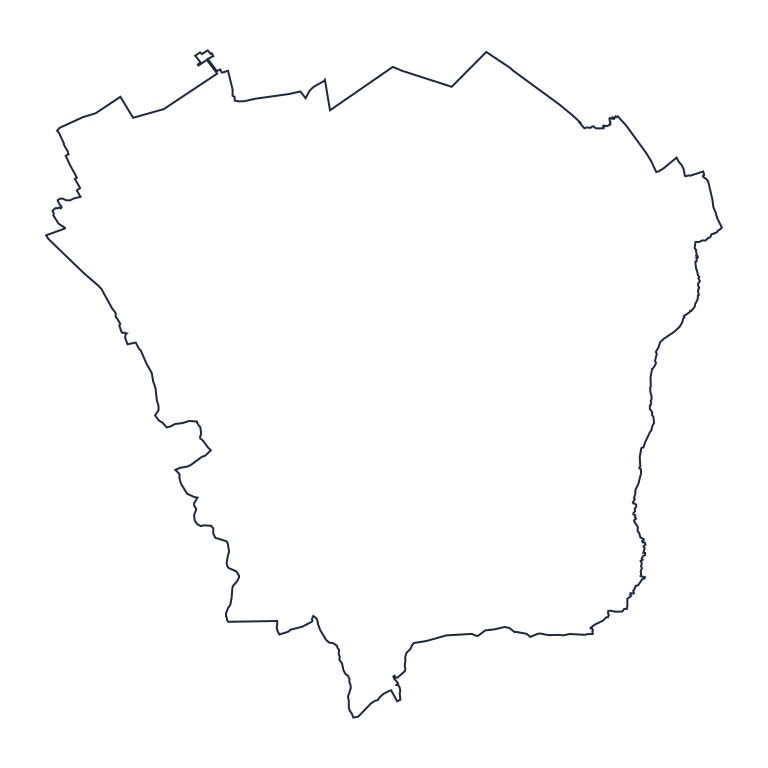 Danesti, Gorj, Romania
{"feature_id": "2599482B18073944252707", "entity_name": "Danesti", "entity_type": "district", "adm_level": 2, "iso_a3": "ROU", "parent_name": "Romania", "parent_adm1": "Gorj", "projection": "natural_earth1", "projection_center": [23.35, 44.955], "detail": "fine", "context": "isolated", "style": "outline", "palette": "slate", "viewbox_px": 768, "rotation_deg": 0, "n_neighbors": 0, "source": "geoboundaries", "source_scale": "gbopen_adm2", "svg_char_len": 6046}
<svg xmlns="http://www.w3.org/2000/svg" viewBox="0 0 768 768"><path d="M640.7,571.7L641.9,568.1L641.1,566.4L641.8,563.0L640.6,560.9L642.6,559.8L641.7,558.7L642.8,556.2L645.1,555.1L645.1,552.9L643.3,552.8L644.7,548.3L643.6,547.0L643.7,546.2L645.5,544.7L644.8,542.6L642.6,542.3L642.3,541.0L643.6,540.3L643.8,539.2L640.4,537.5L639.1,532.7L638.0,531.9L637.6,530.7L637.8,527.1L634.0,521.0L634.3,519.9L635.7,519.2L635.9,518.1L635.0,517.3L635.3,515.4L633.4,514.4L633.3,513.4L635.0,511.2L634.7,508.8L636.2,506.7L636.2,504.8L635.2,503.8L633.2,503.4L632.8,502.5L634.8,499.3L634.0,498.0L635.2,494.3L635.4,489.9L638.3,484.1L641.1,473.0L640.9,469.2L639.6,468.6L639.3,467.7L640.3,466.6L639.7,457.1L641.3,448.3L641.8,447.7L643.4,447.4L645.2,442.1L650.0,432.1L651.4,430.2L652.4,425.7L654.1,423.0L653.4,416.9L652.0,414.9L652.2,412.2L649.8,408.9L649.9,405.4L650.8,404.8L651.2,402.8L650.7,401.0L651.5,399.3L651.6,396.1L650.6,393.4L650.1,388.2L650.8,386.2L650.5,377.5L652.1,368.9L652.9,368.5L655.0,365.4L656.0,363.0L655.0,360.9L656.8,353.8L655.8,351.9L658.3,347.9L660.1,342.3L663.7,338.8L673.7,332.2L679.5,327.0L682.2,322.5L683.1,318.9L684.4,317.4L683.7,316.2L689.7,312.1L690.2,310.8L691.2,311.0L693.6,308.2L694.9,306.2L695.1,304.2L697.7,299.3L697.9,295.5L698.9,294.9L697.9,291.3L698.5,290.1L698.5,288.6L699.2,287.8L698.3,286.3L698.1,283.6L699.9,281.1L698.4,278.4L699.3,277.0L698.0,275.3L696.8,269.9L696.2,269.2L695.3,262.1L696.7,261.2L696.3,260.1L697.1,258.4L696.4,257.5L697.8,257.2L697.6,256.2L696.2,255.3L696.7,253.8L695.9,251.2L696.2,250.2L694.6,248.0L695.5,242.0L699.5,241.9L702.2,240.4L705.6,240.5L707.9,238.2L710.2,237.3L711.5,234.3L713.6,233.8L714.0,233.2L715.1,233.3L717.3,231.8L718.1,230.4L719.7,229.7L721.9,227.6L717.2,218.2L715.5,212.2L713.4,207.3L712.4,199.5L708.4,182.3L707.4,180.0L702.9,176.5L703.1,175.5L704.2,174.9L703.2,171.5L690.2,175.7L688.7,175.4L685.4,176.3L684.8,175.5L683.6,169.0L681.4,164.7L678.6,161.6L676.6,157.6L663.4,168.5L659.0,171.2L656.3,172.1L651.2,161.2L646.2,153.0L626.0,125.3L617.8,116.3L616.5,117.1L615.6,116.4L614.1,118.9L613.4,118.8L612.8,117.4L612.0,118.7L610.8,117.9L609.5,118.3L609.5,118.8L610.0,119.0L609.5,120.0L610.5,122.4L610.0,123.2L610.4,124.5L606.8,126.2L603.5,125.5L603.0,126.2L603.9,127.7L603.5,128.3L596.8,128.4L595.2,127.9L593.5,126.3L592.3,126.4L590.4,127.9L587.0,127.4L584.4,128.3L579.5,122.6L580.1,122.3L572.2,115.0L558.3,103.7L513.3,70.8L510.0,67.8L486.3,52.0L451.7,86.8L402.1,70.8L392.8,66.9L330.0,110.3L324.9,79.8L324.0,81.0L314.2,86.5L311.6,88.7L309.3,91.2L305.6,98.2L300.4,91.5L289.1,94.0L254.9,98.8L244.4,101.2L239.0,101.4L234.8,100.6L234.5,96.8L232.6,95.8L232.6,89.4L228.0,70.7L222.5,72.6L221.5,72.3L220.2,69.5L216.8,71.1L207.8,58.9L213.3,56.1L211.7,53.3L210.7,53.9L207.7,50.4L201.9,54.1L200.1,52.4L195.2,55.7L200.4,62.2L197.8,64.5L198.5,65.5L206.9,59.9L217.2,73.6L163.8,109.1L133.1,117.8L120.4,96.8L95.6,113.3L83.0,117.1L59.7,127.8L57.1,130.7L58.9,132.7L63.8,143.3L63.9,144.7L68.1,152.1L67.9,153.9L68.4,154.3L65.7,155.8L70.2,165.4L76.9,177.7L74.9,178.9L80.1,188.0L76.9,190.3L77.0,190.8L80.5,196.8L73.7,198.5L69.8,200.4L65.8,200.2L62.9,198.6L60.0,198.7L57.7,200.2L57.9,201.3L59.9,204.9L61.2,206.2L61.6,207.5L60.6,208.4L59.3,207.5L57.2,208.5L56.1,207.9L54.2,209.1L52.5,210.8L53.9,213.9L53.3,215.3L58.5,223.6L64.9,227.8L64.9,228.5L46.1,235.3L48.2,238.7L56.3,246.6L84.0,273.3L98.6,285.9L101.4,288.9L112.0,308.2L115.7,313.1L115.6,316.8L116.8,318.0L120.3,323.9L119.3,325.4L121.4,331.8L122.4,332.9L125.0,332.7L125.5,333.4L126.6,333.4L125.5,334.6L125.1,337.6L127.5,344.3L135.7,342.5L139.1,348.9L140.8,350.6L146.5,363.7L151.8,373.1L153.1,381.1L155.5,388.1L156.8,399.9L158.5,406.1L158.6,410.1L155.1,415.3L158.7,420.4L162.6,422.8L166.7,427.4L170.3,426.5L175.0,424.0L182.4,423.1L189.1,421.0L196.9,421.5L197.0,422.5L198.8,425.5L200.3,427.1L201.2,433.7L200.1,436.9L200.2,438.4L202.9,440.5L208.0,447.5L210.8,450.3L205.2,455.7L201.9,456.8L190.7,465.0L187.2,466.6L180.1,467.8L175.4,469.9L179.2,473.8L179.6,475.1L179.4,478.0L180.6,482.5L181.9,485.3L187.2,493.8L194.1,497.0L197.5,497.6L194.0,503.5L194.2,505.7L196.3,509.1L194.1,515.1L194.7,520.5L197.3,524.2L200.7,526.1L203.8,525.3L211.1,525.8L213.3,528.3L213.2,533.5L215.3,537.8L225.9,541.1L227.1,542.1L227.8,543.7L229.1,551.7L228.1,554.6L226.6,563.2L227.2,565.9L228.4,567.9L236.3,571.4L239.0,575.6L239.0,577.4L237.2,581.1L233.2,585.7L232.4,587.7L231.6,597.7L230.3,604.9L228.1,607.9L226.1,613.1L226.0,616.1L226.8,617.7L227.1,620.2L228.2,621.8L277.1,621.0L277.2,624.6L276.7,627.5L277.7,631.4L279.4,634.5L288.0,631.8L290.8,629.6L302.1,626.8L311.8,621.8L312.4,620.8L311.9,619.0L313.3,616.0L315.3,617.4L316.5,618.5L317.8,621.9L317.9,624.0L320.3,630.3L326.2,640.0L329.4,642.7L332.8,643.0L336.9,645.7L337.4,647.6L339.2,650.3L338.7,653.7L339.8,657.0L339.3,659.7L342.0,663.3L343.5,670.4L345.7,674.3L347.6,675.4L349.4,678.7L349.4,682.3L350.4,684.3L350.8,687.9L348.1,696.3L348.2,698.6L348.8,700.1L348.8,707.5L349.8,710.8L351.8,713.6L353.4,717.6L358.3,716.6L370.9,703.5L375.0,700.8L377.6,700.2L379.6,697.4L383.1,694.1L388.2,691.4L391.1,690.3L397.2,701.3L400.4,699.7L399.7,693.6L400.3,690.4L399.5,687.2L398.6,685.5L396.5,685.0L397.9,683.6L397.8,682.8L394.0,678.5L393.4,676.5L394.3,675.7L396.2,677.7L397.5,677.6L404.7,671.3L405.4,668.9L404.7,665.7L405.4,660.7L405.2,656.9L406.7,652.5L409.5,649.9L411.2,647.6L412.0,645.3L413.9,643.0L426.4,641.0L446.3,635.4L471.8,633.9L476.2,635.8L478.1,635.8L485.2,630.4L494.2,629.4L504.7,627.0L509.2,627.9L514.7,632.1L516.2,631.9L526.6,633.8L530.3,636.9L537.9,633.8L539.9,633.5L548.3,635.1L560.3,634.9L562.9,635.4L569.8,634.0L584.6,634.8L588.5,634.0L592.4,634.1L592.9,633.8L592.3,631.7L592.8,631.1L592.8,630.0L592.0,628.3L590.9,628.5L590.5,627.9L594.8,624.6L602.9,620.7L606.2,617.4L608.0,617.2L608.9,614.8L608.1,613.7L608.1,611.2L610.3,610.6L615.1,611.7L622.3,611.5L624.2,608.9L626.9,608.9L627.4,605.3L627.3,598.8L631.2,595.8L630.2,594.7L630.5,593.2L633.7,593.5L633.9,592.4L633.2,590.8L634.7,588.7L635.8,585.8L638.0,585.4L642.3,579.1L644.5,578.4L645.0,577.3L640.6,576.0L641.1,573.8L640.7,571.7Z" fill="none" stroke="#1e293b" stroke-width="2"/></svg>